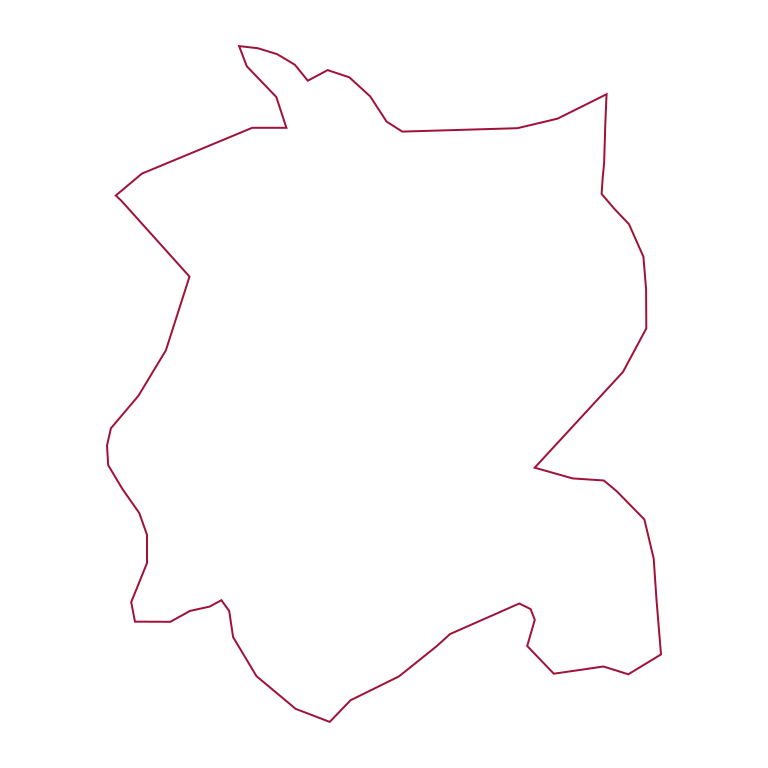 SVG path tracing the border of Conwy
{"feature_id": "GBR-2129", "entity_name": "Conwy", "entity_type": "Unitary Authority (wales)", "adm_level": 1, "iso_a3": "GBR", "parent_name": "United Kingdom", "parent_adm1": "", "projection": "orthographic", "projection_center": [-3.743, 53.137], "detail": "fine", "context": "isolated", "style": "outline", "palette": "rose", "viewbox_px": 768, "rotation_deg": 0, "n_neighbors": 0, "source": "natural_earth", "source_scale": "10m", "svg_char_len": 1003}
<svg xmlns="http://www.w3.org/2000/svg" viewBox="0 0 768 768"><path d="M115.8,195.5L141.9,173.6L252.2,127.8L286.4,127.8L276.3,97.0L246.8,66.3L239.1,46.1L257.7,48.2L277.2,54.2L294.9,64.8L307.8,80.7L327.6,70.1L349.3,77.3L370.2,96.4L386.6,121.6L402.3,131.6L517.3,128.2L557.4,118.7L606.6,94.2L606.4,97.6L605.3,124.4L604.1,163.5L602.8,176.5L601.6,193.9L614.6,209.1L629.0,224.2L643.4,256.7L646.1,289.3L646.3,328.4L623.0,371.9L534.7,467.7L572.5,478.4L603.8,480.5L616.9,491.4L644.4,519.5L653.7,558.6L656.5,599.8L661.0,654.4L628.3,674.3L603.4,666.5L553.8,673.7L527.2,646.0L534.8,619.8L530.6,609.1L519.3,603.5L450.1,634.0L437.0,645.9L399.1,676.3L350.6,700.2L329.7,721.9L295.7,708.9L256.5,676.2L233.1,637.1L229.2,611.0L221.4,600.2L209.6,606.6L190.0,610.9L170.3,621.8L146.8,621.7L135.0,621.7L131.2,602.1L136.5,589.1L147.0,563.0L147.0,534.8L139.3,513.1L122.5,489.1L108.2,465.2L107.0,445.6L110.9,428.3L138.4,395.8L165.9,350.3L189.5,276.6L121.4,200.8L115.8,195.5Z" fill="none" stroke="#9f1239" stroke-width="2"/></svg>